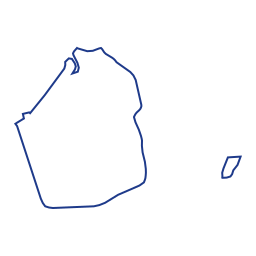 the Emirate of Dubay
{"feature_id": "ARE-350", "entity_name": "Dubay", "entity_type": "Emirate", "adm_level": 1, "iso_a3": "ARE", "parent_name": "United Arab Emirates", "parent_adm1": "", "projection": "robinson", "projection_center": [55.527, 24.951], "detail": "fine", "context": "isolated", "style": "outline", "palette": "blue", "viewbox_px": 256, "rotation_deg": 0, "n_neighbors": 0, "source": "natural_earth", "source_scale": "10m", "svg_char_len": 1160}
<svg xmlns="http://www.w3.org/2000/svg" viewBox="0 0 256 256"><path d="M17.7,122.3L18.5,121.8L23.9,118.5L22.9,113.9L29.2,112.4L30.1,113.2L44.6,95.3L64.3,68.6L65.3,65.0L65.2,61.9L68.8,58.4L71.9,58.9L74.8,63.3L75.8,66.4L75.0,69.3L72.4,73.5L77.8,71.7L78.8,67.7L77.4,62.8L73.5,55.2L73.0,53.4L74.0,51.4L77.0,48.0L77.4,48.3L87.3,51.2L92.8,50.8L99.2,48.4L101.0,48.0L102.1,49.1L104.2,52.3L105.8,53.9L112.1,57.7L113.6,58.8L115.1,60.3L116.5,62.2L130.3,72.0L133.4,75.4L135.7,80.0L141.3,104.7L141.4,106.1L141.0,107.5L140.3,108.9L139.2,110.2L136.8,112.4L135.8,113.6L135.2,114.5L134.0,116.9L134.0,117.2L135.5,122.3L138.8,129.6L141.0,136.0L141.7,138.8L142.0,140.5L141.9,145.8L142.6,152.4L144.9,161.8L145.8,168.9L145.9,172.7L145.7,175.6L145.4,178.1L144.9,179.8L143.9,182.4L139.5,185.5L118.1,194.8L105.1,202.8L99.3,205.1L93.9,206.3L52.9,208.0L49.0,207.5L45.2,206.3L42.8,203.0L40.8,198.6L17.1,126.1L15.4,123.8L16.3,123.2L16.9,122.8L17.3,122.5L17.7,122.3ZM240.6,156.6L237.5,165.0L233.3,170.3L232.1,174.2L230.4,176.5L226.7,177.6L222.6,177.8L222.3,177.7L222.4,175.9L222.2,172.8L223.5,168.4L227.9,157.4L240.5,156.6L240.6,156.6Z" fill="none" stroke="#1e3a8a" stroke-width="2"/></svg>